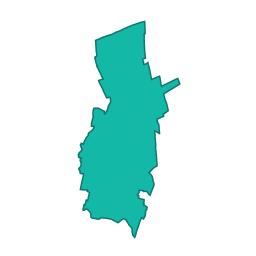 Viisoara, Vaslui, Romania, rotated 277°
{"feature_id": "2599482B20766138756023", "entity_name": "Viisoara", "entity_type": "district", "adm_level": 2, "iso_a3": "ROU", "parent_name": "Romania", "parent_adm1": "Vaslui", "projection": "natural_earth1", "projection_center": [27.881, 46.387], "detail": "fine", "context": "isolated", "style": "filled", "palette": "teal", "viewbox_px": 256, "rotation_deg": 277, "n_neighbors": 0, "source": "geoboundaries", "source_scale": "gbopen_adm2", "svg_char_len": 5614}
<svg xmlns="http://www.w3.org/2000/svg" viewBox="0 0 256 256"><g transform="rotate(277 128 128)"><path d="M223.8,133.5L235.8,131.6L234.4,127.9L232.7,124.3L230.6,119.9L228.1,115.5L226.7,113.2L225.0,110.4L224.1,109.2L223.3,107.8L222.1,105.3L221.3,103.9L220.2,102.5L218.5,99.6L217.8,97.7L215.2,92.5L214.0,90.3L212.5,88.0L211.0,85.1L210.4,85.3L201.0,87.0L200.1,87.2L195.9,88.4L195.1,87.5L194.2,86.5L193.1,86.7L192.2,87.0L190.9,87.6L190.5,87.7L188.7,88.4L186.7,89.3L186.3,89.7L185.8,90.2L185.4,89.6L182.8,91.4L173.5,97.3L173.2,96.7L172.0,93.8L171.6,93.0L171.3,93.0L169.5,94.1L166.9,95.9L165.7,96.7L164.9,97.3L161.9,99.0L155.3,103.2L156.2,106.0L156.2,106.6L152.0,107.7L150.2,107.0L147.8,106.0L146.9,105.7L146.5,105.8L146.1,105.8L145.0,105.6L144.2,105.5L140.4,104.2L139.3,103.7L139.2,103.6L139.2,102.9L139.7,102.6L140.3,102.7L140.5,102.6L141.4,102.7L141.8,102.5L141.9,101.8L143.3,98.2L143.4,97.7L144.1,96.4L144.0,96.1L144.0,95.6L143.9,95.1L143.9,94.7L143.9,94.4L143.7,93.9L143.7,93.3L143.5,93.2L143.4,92.0L143.5,91.8L143.4,91.7L143.1,91.7L142.8,91.8L142.4,91.6L142.0,91.4L141.6,91.5L141.1,91.3L139.5,91.4L139.1,91.4L137.1,91.6L136.7,91.7L135.6,91.9L134.7,92.2L134.6,92.3L134.4,92.2L133.8,91.9L133.4,91.9L133.1,91.8L131.1,91.6L128.6,91.2L127.8,91.2L126.7,91.4L125.2,91.5L125.6,94.1L123.2,93.9L122.0,93.1L121.2,92.5L121.0,92.2L118.9,90.3L118.2,89.5L117.9,89.4L117.1,89.3L116.3,89.5L115.8,89.4L113.4,87.8L112.7,87.5L112.2,87.4L110.7,86.8L109.7,86.4L108.8,86.2L106.5,85.8L107.0,84.2L107.1,83.5L106.8,83.5L106.1,83.1L105.6,82.9L105.0,82.9L104.8,83.0L104.7,83.2L104.6,83.3L104.3,83.4L104.0,83.7L103.6,83.8L103.3,83.8L102.8,83.9L102.5,84.2L102.5,84.4L102.3,84.5L101.8,84.5L101.4,84.6L101.2,84.8L100.8,85.0L100.7,85.0L100.6,84.7L100.1,84.5L98.8,83.8L98.1,83.0L97.7,82.7L97.4,82.9L96.5,82.4L96.3,82.1L95.9,81.9L95.5,82.1L94.7,82.1L94.5,82.3L94.3,82.4L93.0,82.5L92.8,82.7L92.5,84.7L92.3,85.5L92.0,85.4L91.4,84.5L91.1,84.5L89.6,84.5L89.4,84.9L89.1,85.8L88.6,85.8L88.5,85.5L88.4,85.4L88.3,85.5L87.7,85.7L85.2,85.9L84.6,85.8L84.0,85.6L83.2,85.2L82.7,84.9L82.1,84.2L81.5,84.1L81.3,84.1L81.0,84.2L80.1,84.9L79.9,85.2L79.9,85.5L78.8,85.6L78.7,85.7L78.2,85.8L77.3,86.1L77.2,86.2L77.1,86.7L77.1,87.2L76.9,87.5L76.9,87.8L76.9,88.1L77.3,88.8L77.4,89.0L77.1,89.5L76.9,89.6L73.8,89.4L69.2,88.8L61.1,88.2L61.4,95.5L60.7,95.4L60.1,95.3L59.9,95.8L59.9,96.1L59.7,96.8L59.3,97.6L58.1,97.5L51.0,96.8L51.4,95.3L46.5,94.8L46.7,93.8L46.5,93.7L45.1,93.6L41.1,93.3L41.0,94.3L41.1,94.6L41.4,95.0L41.7,95.2L42.0,95.7L42.4,96.4L42.5,96.9L42.5,97.4L41.8,98.2L40.9,99.3L39.9,100.5L39.2,101.1L38.5,101.5L37.4,101.8L35.7,101.9L35.1,102.1L34.8,102.3L34.3,103.1L34.2,103.8L34.2,104.8L34.2,105.7L33.8,108.6L34.0,109.7L34.2,110.7L34.5,111.1L35.4,111.9L35.7,112.3L35.8,112.8L35.6,114.2L35.8,115.5L35.7,119.2L35.6,120.5L35.3,123.2L34.7,124.5L34.5,125.3L34.1,125.7L33.8,127.0L33.5,127.7L32.8,129.4L32.9,129.9L36.2,133.1L37.0,134.1L37.4,134.7L37.4,135.4L37.1,135.9L36.8,136.4L36.6,137.3L36.4,137.5L36.1,137.7L35.7,137.8L35.1,138.2L34.6,138.6L34.0,139.3L31.8,140.9L30.2,142.8L29.0,143.9L28.5,144.2L27.4,144.6L25.9,144.6L25.2,144.8L24.7,145.1L23.0,145.6L22.3,145.8L21.5,146.5L20.2,148.0L21.0,148.2L24.1,148.9L24.3,148.7L24.5,148.7L27.6,149.3L30.9,150.1L31.8,150.3L36.7,151.2L40.7,152.3L39.6,154.5L41.6,155.1L41.5,155.3L43.2,155.8L43.9,155.8L44.7,155.7L45.5,155.9L45.8,155.8L45.9,155.7L46.4,155.5L46.8,155.8L47.1,155.8L47.4,155.7L48.4,155.8L48.5,156.0L49.4,156.5L50.2,156.5L51.7,156.7L52.1,156.1L52.2,155.8L52.2,155.4L52.7,154.8L52.9,154.5L53.1,154.2L53.3,153.8L53.3,153.5L53.4,153.0L53.6,153.0L55.0,153.1L55.3,152.4L56.3,152.8L56.6,152.9L58.9,152.7L59.2,149.3L59.3,148.8L59.9,147.0L60.3,146.8L60.8,146.9L61.6,147.0L61.7,146.9L62.2,146.8L62.6,145.4L63.1,145.6L63.8,146.1L64.4,146.3L65.0,146.7L65.5,146.9L67.5,146.6L67.7,150.8L67.0,151.0L66.9,151.4L67.0,152.1L67.1,152.6L67.3,152.9L67.3,153.2L67.4,153.6L67.4,154.0L67.2,154.3L66.9,154.7L65.5,156.1L64.7,157.0L64.1,157.7L63.9,158.1L66.6,158.7L71.8,160.1L74.4,160.7L74.9,160.7L75.6,160.6L76.5,160.3L78.4,159.4L79.6,159.1L80.6,158.8L82.9,157.9L83.4,157.5L83.7,157.1L84.1,156.9L84.7,156.2L85.1,155.7L85.3,155.1L86.0,154.2L86.9,154.8L86.9,155.1L87.1,155.2L87.4,155.4L87.6,155.3L90.5,157.5L91.6,158.5L92.7,159.7L93.5,161.0L93.8,161.5L96.1,161.1L100.4,160.2L103.7,159.6L105.6,159.2L107.2,158.7L108.9,158.5L109.0,158.4L109.5,158.2L110.1,158.1L110.8,157.9L113.3,157.7L113.9,157.6L114.7,157.5L116.0,157.3L118.7,156.7L119.9,156.6L121.3,156.2L123.1,155.8L123.9,155.8L126.4,155.2L128.4,154.9L128.3,155.3L127.0,158.4L126.5,159.4L126.2,159.7L126.4,160.0L131.4,158.9L132.7,158.7L134.2,158.4L135.1,158.1L135.6,157.9L136.0,157.7L137.5,156.5L138.0,156.1L138.3,156.3L140.4,155.9L144.0,162.0L146.0,161.3L146.5,162.0L147.4,163.0L150.0,165.8L151.1,165.4L151.2,165.5L151.9,165.2L153.4,164.7L155.1,164.0L156.4,163.6L157.0,163.3L157.6,163.1L159.6,162.0L160.3,161.5L161.3,161.1L166.1,159.3L166.4,159.5L169.1,162.9L170.2,164.3L172.4,167.0L173.0,167.9L178.0,174.1L183.2,171.4L182.7,170.5L182.1,169.4L181.8,168.8L181.1,168.0L179.4,165.3L179.2,165.1L175.1,158.6L173.5,156.6L174.2,156.2L174.3,155.8L176.2,155.0L177.3,154.9L178.2,154.7L181.7,153.6L182.7,153.3L183.2,153.1L183.3,153.0L182.1,150.8L179.0,145.6L181.0,144.8L185.8,143.3L190.9,141.5L195.0,139.9L195.4,139.8L195.2,139.5L194.8,139.3L193.8,138.2L193.6,137.8L193.5,137.2L193.0,136.3L193.0,135.8L193.3,135.7L193.7,135.7L194.4,135.6L195.9,135.1L196.5,134.8L197.3,134.4L197.9,134.3L198.2,134.3L198.4,134.6L199.3,136.6L199.4,136.8L199.5,136.8L203.6,135.8L206.1,135.2L215.4,133.6L222.5,132.7L223.1,132.5L223.4,132.5L223.7,133.1L223.8,133.5Z" fill="#14b8a6" stroke="#0f766e" stroke-width="1.5"/></g></svg>